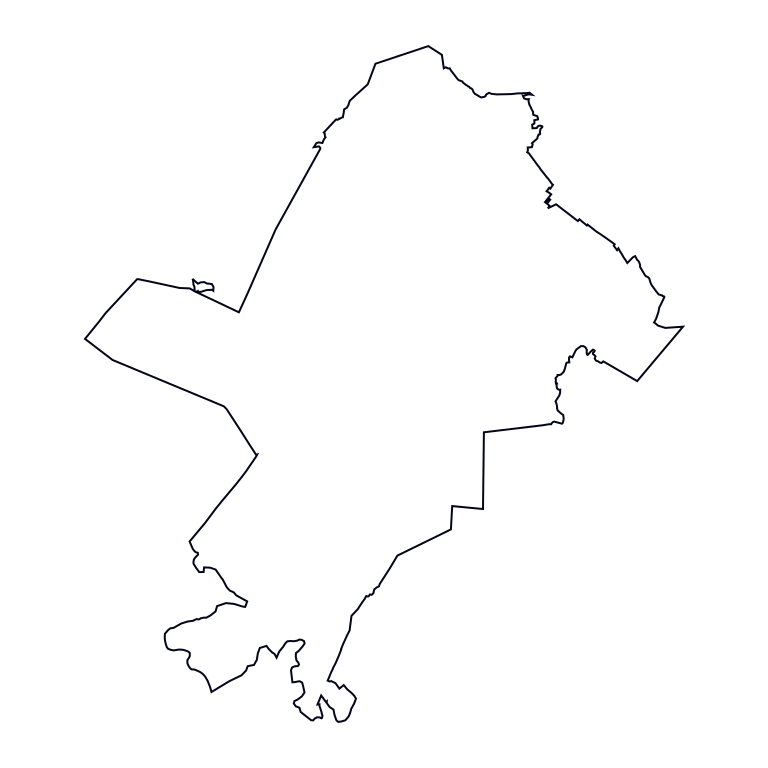 outline of Tetecala, Morelos, Mexico
{"feature_id": "50627088B24263329941793", "entity_name": "Tetecala", "entity_type": "district", "adm_level": 2, "iso_a3": "MEX", "parent_name": "Mexico", "parent_adm1": "Morelos", "projection": "orthographic", "projection_center": [-99.406, 18.688], "detail": "fine", "context": "isolated", "style": "outline", "palette": "ink", "viewbox_px": 768, "rotation_deg": 0, "n_neighbors": 0, "source": "geoboundaries", "source_scale": "gbopen_adm2", "svg_char_len": 6076}
<svg xmlns="http://www.w3.org/2000/svg" viewBox="0 0 768 768"><path d="M389.4,569.0L397.4,555.6L450.9,529.4L452.2,506.1L483.0,509.0L483.9,432.3L543.2,425.2L548.4,424.3L551.2,424.2L551.7,423.2L553.0,422.0L554.2,421.6L562.0,423.7L562.7,423.0L563.5,420.3L563.7,418.6L563.2,415.0L561.1,413.5L557.7,410.5L557.1,408.5L557.0,405.9L556.4,403.5L555.5,401.4L559.3,395.5L560.1,392.8L560.2,389.8L559.9,389.9L558.0,389.3L557.4,388.8L557.0,388.2L556.7,386.8L556.6,385.2L556.0,383.6L556.9,383.5L555.7,381.6L555.9,379.5L555.5,378.2L557.8,375.6L557.7,375.0L559.5,375.0L561.0,374.5L562.2,373.4L563.8,371.7L564.8,368.9L566.3,363.2L567.2,362.5L569.3,362.4L569.0,359.7L569.1,357.4L569.9,357.1L570.1,356.4L572.4,357.3L575.4,351.0L576.4,349.5L580.9,346.1L582.1,346.2L582.9,346.0L583.8,346.4L585.2,347.1L586.0,348.3L586.4,349.2L586.8,349.5L586.7,352.3L586.8,353.8L587.1,354.6L587.6,354.9L588.1,354.5L590.8,351.5L593.0,349.6L593.6,349.8L594.7,350.7L594.5,351.5L593.1,352.5L592.9,353.8L593.2,354.3L594.1,354.8L595.5,356.3L594.7,358.5L595.7,360.3L596.2,360.7L597.8,361.2L599.8,362.5L601.5,363.0L603.3,361.4L637.2,381.1L683.0,326.7L665.3,327.9L658.0,325.6L654.6,322.7L654.1,322.5L656.2,318.6L658.5,311.7L659.3,307.2L659.8,306.6L664.4,297.0L664.2,296.5L662.6,296.0L662.4,295.5L658.6,294.4L655.8,290.8L651.7,285.2L650.5,282.7L649.4,278.8L649.0,278.0L648.0,277.2L645.5,275.9L644.6,274.6L640.0,266.8L640.1,265.0L639.3,262.6L638.6,261.3L637.0,259.6L635.1,256.1L632.9,257.3L627.3,263.0L625.1,259.4L623.7,257.5L621.7,253.9L620.4,252.0L618.4,248.3L617.1,250.2L613.7,245.7L614.7,244.3L605.7,237.8L600.0,233.9L596.4,231.6L587.6,224.6L586.9,225.5L579.4,219.3L577.9,221.1L556.1,204.3L547.8,208.3L549.7,206.0L547.0,203.6L550.2,199.7L549.4,199.0L545.9,202.8L545.0,202.1L551.2,194.3L548.6,192.4L546.6,191.3L549.2,187.8L550.3,188.7L553.0,184.8L552.0,184.0L551.1,182.7L547.8,178.2L547.5,178.1L540.4,169.1L539.1,167.0L537.9,165.6L528.9,153.3L527.2,152.3L527.9,150.6L527.7,147.5L531.9,147.2L532.7,144.3L532.0,143.2L537.1,138.7L537.3,138.6L537.5,137.1L538.6,134.5L539.6,134.5L540.1,133.8L540.2,133.4L539.8,132.0L540.3,130.5L540.4,129.1L542.3,127.1L542.4,126.6L542.1,126.2L540.1,125.6L538.4,126.0L537.8,126.5L536.9,127.9L536.3,128.1L532.5,128.3L532.2,124.6L534.3,123.6L534.4,123.1L534.3,120.2L538.0,119.4L537.9,117.9L537.2,116.1L533.4,114.9L533.1,113.8L533.1,111.9L531.8,109.6L530.3,106.4L529.4,104.8L528.5,101.0L528.7,99.6L528.9,99.2L526.2,99.2L524.0,98.3L522.9,95.7L523.7,95.8L527.9,94.5L529.5,94.4L532.1,94.8L529.5,92.7L526.8,93.1L524.5,93.1L522.0,93.3L517.5,93.4L511.1,94.1L496.8,94.4L491.7,93.9L489.0,92.8L486.1,94.6L485.6,96.0L484.1,96.9L482.0,97.3L480.8,97.3L474.9,93.8L473.6,92.2L472.5,89.5L471.5,88.5L470.1,88.0L469.3,86.9L467.8,86.2L467.2,85.6L465.9,84.9L465.0,84.1L463.2,82.8L462.4,81.5L458.8,80.2L457.7,79.2L456.3,77.4L450.9,70.4L449.8,68.4L447.9,68.4L446.0,67.3L445.5,67.4L443.8,68.3L441.9,54.9L428.3,46.1L375.5,63.7L367.7,84.4L354.9,95.9L349.8,100.8L349.4,101.8L348.4,105.1L347.1,107.3L346.6,107.9L344.1,109.4L343.7,112.8L342.8,117.3L342.3,117.3L339.9,118.6L339.3,118.5L339.2,119.0L337.4,119.8L336.2,119.4L335.7,119.8L323.8,132.5L324.6,133.1L325.0,136.7L325.5,137.2L323.9,139.4L322.4,143.0L318.6,142.4L316.4,143.1L313.8,147.2L319.0,146.4L320.3,147.9L320.2,149.0L275.6,229.5L247.8,292.9L238.9,312.3L195.7,291.8L197.8,291.0L197.9,292.2L201.5,291.7L206.4,290.1L211.9,289.8L213.3,290.8L213.5,287.0L211.8,284.0L206.9,283.5L204.2,282.1L200.6,282.4L198.0,283.7L195.4,281.5L192.5,278.9L193.0,280.1L193.5,284.7L194.4,286.6L194.7,291.3L189.7,288.4L179.7,288.0L149.2,281.4L137.8,279.1L137.5,279.1L137.1,279.2L105.6,313.1L98.6,322.2L85.0,338.9L112.6,360.0L223.8,406.3L226.6,409.1L240.1,429.8L249.6,444.8L256.1,454.8L257.2,454.5L256.1,456.6L246.2,471.1L242.5,476.0L235.9,484.4L222.2,500.7L215.5,509.0L205.2,522.8L189.6,541.5L192.2,547.6L193.1,549.4L194.8,551.5L196.0,552.3L197.8,552.8L198.1,554.6L195.2,557.6L194.0,559.3L193.5,561.4L193.5,563.6L196.0,567.7L199.2,572.1L203.6,572.0L204.1,567.4L210.3,567.7L215.7,569.6L221.6,578.2L222.8,579.6L226.8,587.3L229.7,590.5L233.8,592.4L236.2,595.3L247.2,601.4L245.2,606.9L242.5,606.5L234.0,603.9L226.0,603.1L217.1,606.1L215.5,611.5L210.2,615.6L206.3,617.7L203.5,617.7L200.9,618.3L199.4,619.2L198.1,619.4L196.6,619.1L195.3,619.6L193.0,620.8L187.7,621.5L181.3,623.5L173.7,627.8L170.2,628.4L167.9,630.3L164.9,633.8L164.7,638.1L165.2,641.5L166.0,644.7L166.8,647.1L168.0,648.7L170.9,649.9L173.6,650.4L178.6,649.6L180.7,649.6L183.5,649.9L186.7,650.9L188.7,651.9L189.8,653.0L189.8,656.0L189.2,657.4L187.4,660.1L187.4,663.2L188.4,665.6L189.8,667.8L191.5,669.4L193.3,669.4L195.3,669.8L200.3,672.1L202.6,673.8L205.1,676.5L207.6,680.8L210.0,686.8L211.5,692.0L229.5,681.1L241.5,675.3L246.1,670.5L247.7,666.2L254.0,664.9L256.8,659.9L257.8,653.5L259.8,648.0L266.5,645.9L268.5,648.7L272.1,652.4L274.5,653.9L276.6,657.7L279.2,651.6L283.2,646.7L285.2,643.5L287.2,641.4L289.9,641.0L293.8,641.2L297.1,640.7L299.3,639.6L301.6,639.8L304.1,641.2L304.6,643.5L302.3,646.8L298.7,650.9L295.9,653.1L295.8,656.8L296.5,660.5L298.2,662.4L299.0,664.5L297.9,666.1L295.0,666.2L292.0,667.5L291.0,670.4L292.4,682.3L294.8,682.1L299.5,681.2L302.1,682.5L303.1,686.1L304.5,692.5L301.8,696.4L297.7,699.5L294.5,701.0L293.8,703.6L295.8,706.3L299.4,707.7L300.7,712.0L311.1,720.2L313.2,720.4L314.7,718.6L317.0,717.3L319.7,717.4L321.4,718.3L322.0,717.9L322.5,715.8L322.0,714.4L321.4,711.7L319.5,706.0L319.5,704.3L317.5,704.5L321.2,695.5L326.1,702.2L326.8,701.5L326.7,703.0L329.7,707.1L333.5,709.6L334.5,714.8L336.3,720.1L337.4,721.2L338.2,721.9L341.3,721.5L345.3,720.3L348.4,716.8L349.3,714.9L350.5,711.6L351.2,708.9L354.1,703.6L356.0,698.6L354.2,695.7L351.7,693.1L347.3,689.4L343.7,685.1L339.4,688.6L335.5,683.2L331.3,681.1L329.8,681.5L327.7,680.6L331.2,672.2L333.0,668.5L333.0,668.1L335.6,663.2L338.7,656.0L341.2,649.7L341.0,649.4L342.8,644.8L347.1,635.3L349.6,630.5L351.5,615.8L358.3,608.6L358.6,607.8L362.3,602.2L364.6,599.1L366.2,596.1L368.1,596.5L368.7,596.1L370.0,594.4L371.5,594.8L372.0,594.6L373.4,593.1L374.2,589.5L376.6,587.5L379.0,586.3L379.7,584.0L389.4,569.0Z" fill="none" stroke="#020617" stroke-width="2"/></svg>